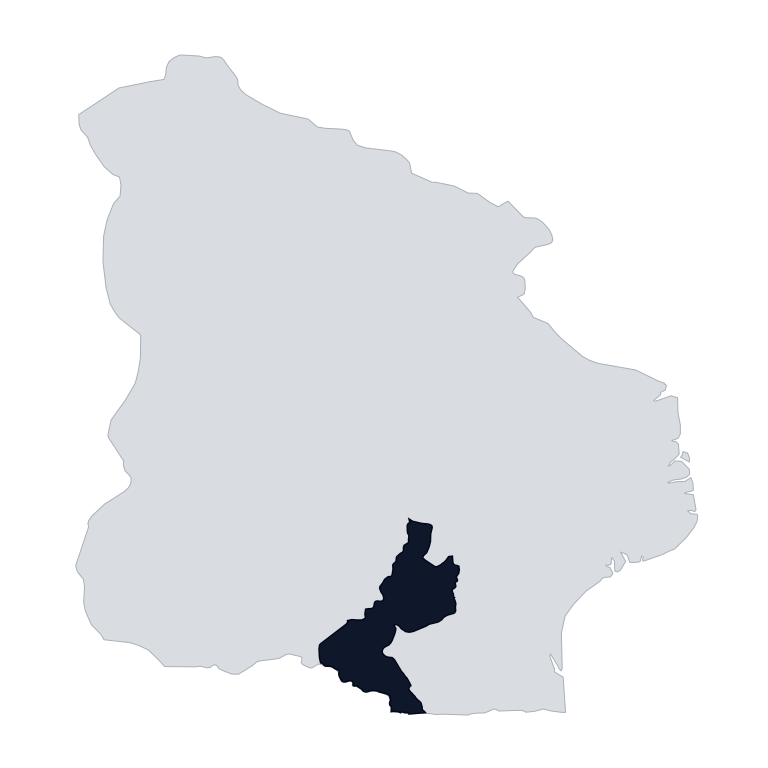 Kwara on a map of Nigeria (Natural Earth projection), rotated 269°
{"feature_id": "NGA-2849", "entity_name": "Kwara", "entity_type": "State", "adm_level": 1, "iso_a3": "NGA", "parent_name": "Nigeria", "parent_adm1": "", "projection": "natural_earth1", "projection_center": [4.317, 9.059], "detail": "fine", "context": "in_parent", "style": "filled", "palette": "ink", "viewbox_px": 768, "rotation_deg": 269, "n_neighbors": 0, "source": "natural_earth", "source_scale": "10m", "svg_char_len": 7112}
<svg xmlns="http://www.w3.org/2000/svg" viewBox="0 0 768 768"><g transform="rotate(269 384 384)"><path d="M658.7,83.5L684.6,124.2L690.2,154.4L692.4,169.3L696.7,171.1L704.6,171.9L710.4,174.9L713.9,179.8L716.1,184.5L716.5,187.2L715.1,205.3L713.1,211.9L714.3,220.8L714.0,224.6L713.2,227.2L709.7,230.2L704.9,233.2L693.4,241.8L690.1,243.1L685.3,243.3L681.1,245.5L676.2,250.1L665.6,267.4L656.6,284.9L650.1,313.0L642.1,321.8L640.7,329.6L639.5,347.2L638.3,352.5L637.0,354.0L628.3,357.4L623.3,361.4L620.4,369.4L616.7,396.4L615.4,400.9L612.5,405.6L608.1,410.6L604.3,413.5L594.3,415.3L584.9,435.6L584.8,439.2L580.7,457.7L573.4,471.6L573.0,480.6L563.9,492.8L559.2,501.2L564.1,509.9L564.5,511.3L548.8,526.1L547.8,528.3L547.3,538.5L546.0,541.2L543.1,545.0L538.9,549.1L534.6,552.3L529.7,554.5L525.0,555.3L522.4,554.0L520.9,550.9L518.2,538.4L516.9,535.8L513.8,533.3L501.7,519.6L494.3,514.7L492.7,515.1L491.5,516.4L489.4,523.4L487.4,525.9L483.5,526.8L476.8,526.8L471.9,525.9L470.8,524.5L468.4,519.1L453.4,531.6L448.1,534.4L441.5,549.2L432.0,556.6L425.5,563.0L408.0,583.1L404.5,589.1L401.0,597.9L393.6,635.8L381.6,659.4L379.9,664.5L379.3,664.3L377.6,666.4L373.0,665.0L370.9,660.7L368.0,659.9L363.0,653.5L361.9,654.6L367.2,670.9L365.2,677.3L350.4,677.4L337.7,679.6L328.9,679.4L324.5,677.1L322.6,670.9L321.8,671.6L321.4,674.8L318.6,677.4L308.8,677.9L304.4,673.7L300.9,669.1L297.1,667.0L297.7,669.0L302.0,673.5L301.5,680.1L293.6,687.7L288.6,688.1L285.5,684.8L283.8,679.5L283.0,671.6L280.9,666.4L279.8,666.4L281.2,675.0L281.3,683.0L285.0,689.2L279.3,691.2L272.3,691.4L271.4,689.1L270.5,683.9L269.3,682.6L267.9,691.3L253.6,693.7L251.6,693.4L251.2,691.7L252.3,689.3L252.0,685.4L248.9,688.4L248.4,694.5L246.6,695.4L241.1,694.6L235.2,691.5L225.6,683.9L213.8,671.5L211.8,665.9L208.5,659.0L202.3,640.2L203.4,639.3L206.2,640.4L207.5,638.6L202.6,637.3L201.6,635.9L201.2,631.8L201.4,626.7L208.9,624.0L210.6,620.9L211.6,617.8L202.4,622.5L193.8,617.2L192.0,614.0L192.9,611.5L202.9,611.3L206.4,608.9L204.2,608.1L200.4,608.1L199.0,606.6L199.2,602.7L197.9,603.5L196.3,607.0L190.5,609.5L187.1,607.0L186.8,601.4L186.0,598.8L183.2,596.8L173.1,582.0L160.3,569.6L149.0,561.1L131.9,557.0L96.2,557.2L94.2,556.0L96.3,554.1L99.5,552.7L111.0,545.8L109.1,544.9L97.1,549.2L93.0,549.7L87.7,558.0L52.5,559.8L52.6,556.0L54.2,545.1L56.3,537.5L54.0,528.4L53.4,520.1L54.9,517.6L55.4,514.4L55.0,493.2L56.9,490.1L57.0,487.9L53.3,478.9L53.4,471.9L52.7,465.2L51.5,462.2L52.9,436.2L52.5,429.8L53.6,425.3L54.2,414.1L54.1,403.2L56.5,385.9L71.6,383.6L75.3,376.8L77.4,368.2L76.7,359.7L81.6,352.3L87.5,345.8L87.3,338.5L88.9,336.3L91.7,334.6L95.7,333.8L100.2,330.2L102.7,323.8L105.2,313.7L101.3,306.7L101.4,305.2L102.9,301.4L105.2,297.6L107.1,296.4L111.5,297.3L112.9,295.8L115.7,284.7L115.4,281.7L111.4,274.2L109.1,254.0L108.0,251.4L104.8,247.7L96.4,233.5L96.6,226.8L100.1,218.2L102.4,214.0L105.6,211.7L106.3,209.7L105.3,207.3L103.7,205.4L103.3,201.6L105.0,196.2L104.5,190.3L105.3,159.8L112.1,153.8L122.1,143.9L127.1,133.5L129.8,125.7L133.2,99.5L138.5,96.7L148.4,87.2L161.9,81.6L170.7,79.9L186.2,81.0L194.0,80.1L200.6,74.9L203.6,73.4L207.9,72.6L246.4,86.2L249.9,85.5L252.8,86.5L257.6,90.1L268.9,102.7L280.9,122.3L284.6,126.5L288.3,128.8L292.1,129.6L295.0,129.3L297.7,127.4L301.4,123.7L307.1,122.0L311.7,122.3L335.6,107.3L337.9,107.1L352.6,110.4L372.8,125.4L389.2,135.3L400.7,138.5L414.3,140.9L437.3,141.6L454.6,120.5L461.1,115.9L468.8,111.7L485.0,107.8L511.8,105.1L537.0,106.3L552.6,109.9L569.2,116.8L576.4,123.4L587.5,124.5L595.5,123.2L598.1,116.7L606.1,108.1L618.0,100.1L627.8,94.6L635.9,92.0L643.0,85.7L648.7,83.7L658.7,83.5ZM309.7,686.3L304.3,688.3L300.7,687.8L305.6,679.2L308.0,681.1L311.2,681.8L309.7,686.3Z" fill="#d9dde1" stroke="#a8b0b8" stroke-width="1"/><path d="M97.8,334.1L98.7,333.0L100.2,329.9L102.0,327.5L102.6,326.2L102.9,320.6L103.3,319.6L104.2,318.6L105.0,318.2L105.7,317.6L106.2,316.2L106.2,315.8L106.5,315.7L111.4,314.7L120.3,314.4L124.2,315.0L125.7,316.5L144.5,342.0L145.3,342.7L146.2,343.4L148.1,343.4L149.0,347.8L148.5,353.0L148.4,357.8L150.2,361.4L154.3,360.9L159.2,361.7L159.3,362.1L159.5,364.6L159.4,365.8L159.5,365.8L159.6,365.7L159.6,366.9L159.8,368.0L160.3,368.9L161.1,369.6L162.0,370.0L164.8,370.5L166.4,371.2L167.1,372.5L167.1,374.3L166.8,376.2L166.9,378.1L167.9,379.4L169.5,380.0L171.2,379.8L173.5,379.1L176.0,377.4L179.6,376.1L180.3,376.1L181.1,376.3L182.5,377.0L182.5,377.4L183.5,377.9L185.4,379.4L188.3,381.0L189.1,381.7L190.1,383.2L191.0,384.3L191.3,385.0L191.3,385.7L191.3,386.4L191.4,387.1L191.8,388.0L192.4,388.5L193.3,388.8L198.6,389.8L202.3,389.6L203.1,389.7L203.8,390.1L204.4,390.7L205.4,391.9L206.1,392.5L206.8,392.9L207.5,393.1L209.2,393.2L210.0,393.3L210.8,393.6L211.5,394.1L211.9,394.5L212.6,395.5L213.8,396.7L214.3,397.4L214.7,398.0L215.3,399.2L215.5,399.5L216.2,400.2L217.1,400.5L220.3,400.6L220.7,400.7L221.9,401.2L222.4,401.3L223.1,402.7L224.0,403.9L224.6,405.1L224.9,405.6L225.6,405.8L228.5,405.8L231.0,406.2L231.8,406.2L232.5,406.1L234.3,405.1L235.6,404.8L241.8,404.7L242.6,404.9L243.5,405.3L245.1,407.1L245.6,407.3L248.7,406.6L246.3,410.1L244.0,419.1L243.2,425.8L242.6,427.7L241.5,429.3L239.6,429.7L233.5,428.1L225.7,427.7L220.2,426.2L214.6,423.7L211.8,420.6L209.6,419.5L207.1,422.2L200.7,431.4L200.3,433.5L202.0,437.2L202.8,438.3L203.8,439.3L204.3,440.5L206.6,442.9L210.3,445.6L210.7,449.4L204.7,449.7L202.7,450.4L201.6,452.0L201.2,454.1L200.5,455.6L200.0,455.8L199.6,455.6L197.2,456.1L195.9,455.8L193.6,455.5L189.9,452.9L186.5,454.1L185.3,453.5L185.0,452.4L184.4,452.0L183.5,451.8L180.3,452.3L178.7,451.0L177.5,448.7L175.1,448.7L172.9,449.7L169.8,450.0L169.4,450.5L169.3,450.1L167.8,450.5L166.3,451.2L163.2,452.0L159.5,451.5L155.9,451.7L155.0,451.1L154.1,450.8L153.4,449.5L151.8,443.4L149.7,439.6L148.3,438.5L147.0,437.2L145.0,433.8L143.1,425.1L141.1,421.6L136.1,409.0L135.4,405.0L136.1,401.1L137.3,399.7L138.2,398.1L139.7,396.4L141.5,395.2L143.4,392.0L142.5,389.5L139.7,391.5L138.2,391.5L134.1,390.4L127.5,387.7L125.0,386.2L122.9,384.1L121.6,381.2L120.0,378.9L117.4,377.5L114.8,377.8L112.2,380.0L110.8,383.1L110.3,387.3L109.2,388.7L107.9,389.8L96.4,396.4L94.0,398.5L91.8,399.8L89.3,402.0L82.7,405.4L81.9,405.6L81.4,404.8L80.7,404.4L80.2,403.7L79.3,403.5L78.4,403.6L77.2,404.1L76.0,404.9L73.7,407.2L72.6,408.0L71.7,408.8L71.3,409.4L70.0,410.0L66.9,412.9L65.9,414.3L64.5,415.4L60.1,416.6L59.0,416.4L57.9,416.5L55.1,419.4L54.7,419.7L53.6,403.9L53.6,403.1L53.9,402.7L54.9,402.2L55.2,401.8L55.2,401.2L54.9,400.2L54.9,399.7L55.1,398.7L55.8,396.8L55.8,395.8L55.6,395.4L55.3,395.3L55.1,395.1L55.0,394.6L55.8,393.4L55.9,393.0L56.2,391.2L56.4,387.1L56.2,385.4L60.5,385.8L61.2,385.6L61.8,385.2L62.3,384.6L62.9,384.2L63.5,384.0L65.2,384.0L65.8,384.1L66.4,384.4L66.9,384.8L67.5,385.1L68.1,385.1L72.0,384.0L73.3,382.9L74.2,380.9L76.0,374.2L77.2,371.7L77.5,370.3L77.6,366.1L77.4,365.0L76.7,363.0L76.3,361.2L76.5,359.4L77.6,357.4L78.0,357.0L78.9,356.7L79.3,356.3L82.7,351.1L82.8,350.8L82.5,350.0L82.4,349.5L82.8,347.9L83.7,347.6L84.8,347.8L85.8,347.9L87.6,346.7L88.0,345.0L87.6,343.1L86.9,341.1L86.7,339.8L86.8,338.3L87.3,337.0L88.2,336.2L92.2,334.3L94.4,333.7L97.8,334.1Z" fill="#0f172a" stroke="#020617" stroke-width="1.5"/></g></svg>